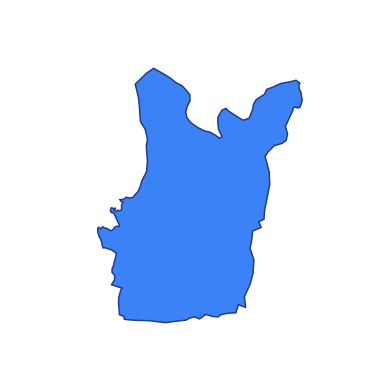 outline of Kissonerga, Paphos, Cyprus, rotated 23°
{"feature_id": "46923920B44271022375599", "entity_name": "Kissonerga", "entity_type": "district", "adm_level": 2, "iso_a3": "CYP", "parent_name": "Cyprus", "parent_adm1": "Paphos", "projection": "mercator", "projection_center": [32.398, 34.835], "detail": "fine", "context": "isolated", "style": "filled", "palette": "blue", "viewbox_px": 384, "rotation_deg": 23, "n_neighbors": 0, "source": "geoboundaries", "source_scale": "gbopen_adm2", "svg_char_len": 2548}
<svg xmlns="http://www.w3.org/2000/svg" viewBox="0 0 384 384"><g transform="rotate(23 192 192)"><path d="M97.6,115.0L101.2,119.7L105.8,125.9L110.2,133.9L113.0,139.5L117.0,147.3L124.6,152.7L130.3,160.7L131.9,167.3L135.1,173.7L138.7,180.6L142.2,190.7L141.5,201.6L142.4,209.4L141.9,213.3L140.7,216.5L139.9,219.9L136.9,221.9L133.3,222.7L132.2,225.3L128.6,227.2L130.2,228.4L132.7,228.1L132.4,229.7L132.5,232.3L133.7,234.8L134.0,236.1L132.7,237.5L130.5,237.9L129.5,240.0L127.3,239.1L128.1,237.6L127.8,236.9L126.5,237.9L126.2,237.9L125.0,237.8L123.9,238.1L124.0,239.6L124.1,241.0L124.5,241.5L125.3,242.0L125.8,242.4L127.0,242.0L127.6,242.2L128.7,242.6L129.5,243.1L130.9,244.0L132.0,245.4L133.0,246.2L133.8,247.0L134.8,247.8L135.9,248.9L137.7,250.2L138.1,251.4L138.5,252.1L136.3,252.8L134.8,254.5L134.2,256.0L134.0,257.3L133.5,258.3L132.6,259.2L130.9,259.2L129.9,259.2L128.6,258.8L127.1,258.8L125.7,259.3L124.2,259.1L123.6,258.8L122.8,260.1L122.4,261.5L121.0,261.2L119.7,261.0L119.5,261.9L120.1,263.9L120.9,265.6L122.7,267.8L123.7,269.0L125.8,270.7L128.5,273.5L130.4,276.4L131.9,278.2L133.5,277.4L136.4,277.1L139.7,276.8L142.4,277.0L146.4,278.1L146.7,279.7L147.4,283.2L147.6,286.0L148.5,290.9L148.5,293.9L149.7,297.1L153.6,299.1L155.0,303.4L154.1,308.6L154.1,308.8L165.0,307.8L164.7,310.3L165.9,318.1L167.9,323.2L173.2,333.3L177.9,333.1L179.4,335.5L182.4,334.8L191.2,331.8L202.5,327.3L218.7,322.6L229.1,316.4L236.6,312.3L239.1,308.9L243.4,305.9L248.5,305.9L252.7,299.2L259.3,298.6L264.9,296.7L265.0,296.5L266.6,293.5L273.0,289.2L279.6,286.0L278.7,277.6L286.4,277.2L281.1,267.8L281.2,265.3L281.5,253.7L280.0,243.4L275.5,230.3L267.5,221.3L265.9,213.7L263.1,204.1L269.5,197.6L265.0,193.1L268.9,189.1L266.0,180.5L263.7,169.4L260.5,154.4L255.2,143.4L252.2,139.4L245.3,130.6L246.5,124.8L249.7,117.1L255.8,112.2L258.5,107.8L257.4,101.4L252.4,95.1L252.6,84.8L252.7,84.1L252.9,77.1L252.3,74.9L253.9,73.4L255.3,73.5L255.6,72.6L256.8,73.1L258.3,72.0L258.2,69.4L257.8,65.7L257.2,63.7L255.4,61.2L253.5,57.9L250.0,54.7L248.6,51.5L248.7,49.6L244.1,48.5L239.3,52.2L231.4,57.3L226.1,63.2L220.6,68.4L220.6,73.6L215.0,81.9L214.3,87.1L215.5,92.0L215.8,101.8L210.9,106.0L206.9,105.4L201.0,104.4L194.2,103.3L190.6,101.8L187.5,105.1L186.7,113.3L188.8,118.3L192.1,124.2L197.9,129.2L196.4,131.8L190.5,130.4L185.1,129.9L178.6,130.9L172.4,130.4L166.8,129.4L162.9,128.2L158.1,125.5L155.0,120.9L154.2,115.0L154.5,108.9L152.0,103.3L147.5,100.9L141.4,98.1L134.4,97.6L128.3,95.8L120.1,94.5L108.4,93.1L103.7,100.4L97.6,115.0Z" fill="#3b82f6" stroke="#1e3a8a" stroke-width="1.5"/></g></svg>